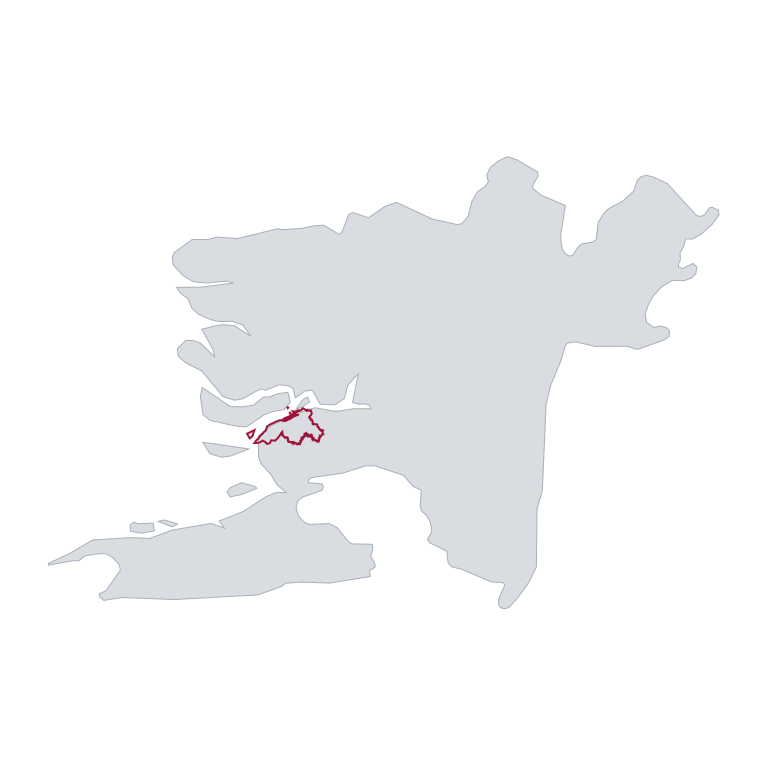 Lakshmipur, Chittagong, Bangladesh shown in context, rotated 94°
{"feature_id": "16705992B31973889793084", "entity_name": "Lakshmipur", "entity_type": "district", "adm_level": 2, "iso_a3": "BGD", "parent_name": "Bangladesh", "parent_adm1": "Chittagong", "projection": "albers", "projection_center": [90.887, 22.836], "detail": "fine", "context": "in_parent", "style": "outline", "palette": "rose", "viewbox_px": 768, "rotation_deg": 94, "n_neighbors": 0, "source": "geoboundaries", "source_scale": "gbopen_adm2", "svg_char_len": 9550}
<svg xmlns="http://www.w3.org/2000/svg" viewBox="0 0 768 768"><g transform="rotate(94 384 384)"><path d="M249.1,560.8L249.2,540.6L236.4,500.7L237.1,496.3L234.6,477.1L231.4,466.5L229.8,455.1L238.0,439.0L234.9,436.3L217.3,431.1L215.2,426.8L219.2,410.9L206.8,395.5L201.9,384.1L216.0,347.8L219.8,322.5L218.8,317.6L210.7,311.7L196.1,309.2L185.9,304.3L180.0,297.0L175.0,294.0L168.6,296.1L160.6,293.1L154.0,285.9L148.6,277.1L150.9,267.6L161.9,245.4L165.9,244.8L175.0,249.3L178.4,249.4L184.6,240.6L193.4,215.5L222.7,218.1L229.8,217.4L237.1,215.5L241.2,212.4L243.4,208.4L242.7,204.9L233.8,200.0L230.4,196.4L228.0,186.2L225.4,182.4L207.8,181.6L198.7,176.8L193.7,172.6L185.0,158.7L174.1,148.3L163.5,145.7L159.5,142.3L157.4,137.0L158.8,129.5L164.4,115.1L194.0,84.2L194.8,80.7L193.7,76.7L185.3,71.5L184.8,69.0L187.3,62.5L192.1,61.7L202.0,67.9L212.0,77.7L217.9,86.4L218.1,93.2L225.9,94.7L232.5,97.8L239.4,97.0L243.8,98.7L246.8,98.2L247.9,94.3L242.3,84.3L245.1,80.2L251.8,80.5L256.6,84.3L260.0,91.9L260.5,103.7L268.2,114.5L278.4,122.2L286.4,125.8L296.1,128.4L304.5,126.1L308.7,118.7L306.9,112.0L308.2,106.0L311.6,102.8L316.8,103.0L320.6,107.8L331.8,133.4L329.4,144.7L331.7,175.8L328.6,196.3L330.4,204.1L332.3,205.5L349.5,209.5L374.3,217.8L393.3,220.9L479.4,218.6L498.2,222.6L555.7,219.2L571.4,225.5L588.5,236.0L598.2,243.8L599.9,248.4L598.9,252.2L595.7,254.4L589.9,254.5L576.3,249.5L574.0,251.1L573.9,263.3L563.2,294.3L561.7,303.8L557.9,307.6L546.5,309.7L539.0,327.7L535.9,329.9L528.4,326.0L523.7,326.7L517.9,328.4L512.0,332.6L508.0,337.7L503.4,339.5L487.3,339.3L484.2,347.6L473.6,358.6L466.3,387.5L466.9,396.4L475.9,419.4L482.3,449.4L484.7,452.4L487.8,452.7L487.9,438.9L490.9,437.2L494.6,438.7L502.4,457.2L506.8,461.9L513.5,463.1L521.2,460.3L526.9,454.9L529.3,449.0L527.1,428.8L530.7,420.6L543.8,408.3L545.7,404.5L544.7,384.3L549.7,383.6L556.4,385.2L564.8,380.3L567.4,380.2L571.0,385.3L577.0,384.3L586.4,424.3L587.4,452.6L589.6,468.2L592.9,471.7L603.2,495.2L613.6,578.0L615.3,630.7L619.4,648.5L616.2,652.6L613.0,653.4L609.8,647.1L588.1,634.0L582.8,635.4L575.5,643.2L572.6,650.5L573.9,660.6L576.4,670.5L581.6,676.2L582.1,682.5L588.1,706.1L586.4,706.3L574.4,684.8L559.9,663.7L554.9,625.8L554.4,607.0L544.5,585.0L535.1,546.6L539.0,533.0L532.2,539.0L521.3,516.0L504.4,493.5L499.5,483.5L499.3,473.8L492.1,483.6L482.3,490.5L472.3,500.9L465.6,504.0L444.5,505.9L432.3,492.1L414.8,458.2L412.5,450.6L414.8,430.7L410.7,411.8L409.6,395.2L406.5,396.7L405.2,401.2L405.9,408.2L404.6,414.1L375.4,410.2L387.8,420.1L401.2,422.5L408.2,431.4L408.6,446.1L395.3,455.0L396.5,462.5L404.1,471.6L394.8,474.2L392.3,480.1L392.1,488.6L398.5,501.7L397.4,506.8L408.5,523.8L410.6,532.0L407.8,543.6L383.6,566.9L376.6,583.5L370.6,591.2L363.2,592.6L354.2,584.7L354.1,576.6L356.0,570.2L368.6,554.8L361.8,556.8L342.2,569.5L338.5,559.1L336.1,549.5L336.2,537.7L345.7,520.2L335.0,528.9L332.0,539.8L333.2,552.8L331.7,561.9L327.5,573.8L321.7,581.0L312.5,585.5L308.3,592.5L302.1,597.7L300.2,573.6L293.8,541.0L292.3,548.0L295.6,568.2L295.3,581.2L290.1,591.6L279.9,602.6L272.1,604.1L267.5,602.3L253.2,585.4L252.1,569.6L249.1,560.8ZM427.2,562.4L409.2,566.3L400.1,565.1L417.2,535.9L416.6,522.8L414.0,512.2L405.4,503.6L404.9,497.5L401.0,489.1L399.0,479.3L408.7,476.2L416.4,481.8L419.2,492.9L423.0,501.3L436.5,518.4L436.3,528.9L432.6,554.6L427.2,562.4ZM465.6,552.9L454.7,560.7L458.2,514.5L466.4,531.7L468.4,540.9L465.6,552.9ZM507.4,529.7L502.6,533.0L498.1,530.1L492.4,519.3L495.2,505.6L496.9,503.6L503.9,517.6L507.4,529.7ZM548.5,626.7L542.2,627.3L539.2,624.0L540.6,619.4L538.8,604.5L546.7,602.9L549.7,615.4L548.5,626.7ZM541.3,585.0L536.8,599.9L534.9,593.3L538.0,580.2L541.3,585.0ZM413.3,465.2L415.1,470.0L405.2,463.8L402.5,459.4L407.0,457.1L413.3,465.2Z" fill="#d9dde1" stroke="#a8b0b8" stroke-width="1"/><path d="M413.8,462.8L414.1,463.6L414.7,464.1L415.3,464.2L416.1,465.0L416.6,466.1L418.2,468.9L418.7,469.5L420.2,472.5L420.5,472.6L420.1,472.0L420.7,472.7L420.8,473.2L421.5,474.4L422.0,474.6L422.2,474.4L421.5,473.2L421.8,473.5L422.0,474.0L422.3,474.2L422.8,473.5L422.7,473.9L422.8,473.8L423.0,473.3L421.9,472.1L421.2,470.4L421.2,469.6L420.7,468.5L420.8,467.7L421.0,467.7L421.0,468.4L421.9,469.9L422.8,471.9L423.5,473.0L424.0,473.4L425.5,475.4L426.3,477.8L426.6,477.8L427.6,479.4L427.8,480.3L427.8,481.9L427.3,484.0L427.3,485.0L428.0,486.8L429.1,489.2L431.0,492.3L432.0,494.4L434.1,497.0L434.3,497.5L434.7,497.8L436.3,498.2L437.3,498.2L438.8,498.9L439.5,499.5L440.0,500.3L441.9,501.5L444.5,503.9L447.2,505.5L448.1,506.3L448.6,507.1L451.9,509.1L451.5,505.7L451.3,504.8L450.4,503.0L449.6,501.9L448.9,501.2L450.2,498.3L451.8,496.8L451.8,496.0L451.2,494.6L451.1,493.9L450.3,493.4L448.1,492.7L448.1,488.5L447.6,488.2L444.9,485.8L444.1,485.4L441.3,483.6L440.0,483.1L438.8,482.1L440.7,481.8L440.9,481.6L442.0,481.8L442.5,481.8L442.7,480.8L443.1,480.2L443.5,480.2L443.9,479.7L443.7,479.5L443.9,479.1L444.1,479.4L444.4,479.1L444.1,478.9L444.4,478.4L444.4,477.9L443.8,477.1L444.2,476.4L444.4,476.3L444.6,476.7L444.9,476.5L445.5,476.7L445.3,476.5L445.3,476.3L445.5,476.0L445.8,476.0L445.6,476.2L445.6,476.3L446.4,475.9L446.9,476.1L447.2,475.9L447.2,475.6L447.3,475.5L447.5,475.5L447.4,475.3L447.7,475.2L448.4,474.9L448.6,474.6L448.5,474.2L448.3,473.6L448.1,473.1L448.7,472.2L449.0,472.2L449.1,471.8L448.6,471.6L448.2,471.0L448.4,470.8L448.7,470.7L448.2,470.6L448.1,470.4L448.4,469.8L448.9,469.4L448.9,468.8L449.2,468.8L449.0,468.5L449.2,468.2L448.9,468.0L448.9,467.8L449.6,467.3L449.8,466.8L450.0,466.7L449.8,466.4L449.9,466.2L450.2,465.9L450.2,465.6L449.5,465.4L449.6,465.1L449.9,465.0L449.6,464.3L449.9,463.6L449.3,463.4L448.9,463.4L448.6,464.2L448.2,463.6L447.9,463.6L447.7,463.4L447.6,462.8L447.3,462.7L447.1,462.9L447.1,463.2L446.5,463.4L446.3,463.0L446.0,463.0L445.9,462.5L445.1,462.4L445.2,462.0L445.4,461.9L445.3,461.7L445.1,461.7L445.1,461.9L444.8,461.5L444.7,461.4L444.6,461.5L444.3,461.3L444.2,461.4L444.4,461.5L444.2,461.6L444.4,461.8L444.1,461.8L444.3,462.1L444.1,462.2L443.6,462.2L443.4,462.6L443.2,462.5L443.2,461.7L442.9,461.3L442.5,461.1L442.6,460.8L442.5,460.4L441.7,460.3L441.7,459.9L442.0,459.9L441.9,459.5L441.7,459.5L441.8,459.6L441.4,459.7L441.2,459.4L440.3,459.4L439.6,459.8L439.5,459.5L439.1,459.5L439.1,458.7L438.4,458.2L438.9,457.8L439.1,457.1L439.4,457.1L439.5,456.7L440.5,457.2L440.4,456.9L440.6,456.6L440.3,456.5L440.4,456.4L441.2,456.4L441.5,456.6L441.7,456.4L441.6,455.9L441.3,456.0L440.8,455.2L440.8,454.6L439.9,454.2L439.7,453.1L440.4,453.0L440.6,453.1L440.7,453.4L440.9,453.5L441.0,453.7L441.7,453.8L441.7,453.2L441.4,453.0L441.4,452.6L441.1,452.6L440.9,452.2L441.5,452.3L441.6,452.1L442.0,452.0L442.2,452.4L442.8,452.1L442.9,451.9L442.9,451.0L443.8,451.7L444.0,451.7L444.4,451.5L444.3,451.3L444.6,451.1L444.4,451.0L444.4,450.3L444.0,450.2L444.0,449.8L444.3,449.5L444.4,449.2L444.8,449.1L444.8,448.6L445.3,448.5L445.3,447.4L445.2,447.2L445.4,447.0L445.5,446.6L446.1,446.5L446.0,446.2L446.2,445.7L445.8,445.6L445.6,444.9L445.4,444.8L444.5,444.9L444.3,445.1L444.2,445.0L443.9,445.1L443.8,444.9L443.4,445.1L443.3,444.8L443.1,444.7L442.6,444.9L442.2,444.8L442.3,444.5L442.1,444.5L441.0,444.6L441.0,444.3L441.3,444.3L441.2,443.7L440.9,443.7L440.9,444.0L440.0,444.1L440.1,443.8L440.0,443.0L439.6,442.8L438.9,441.9L438.9,442.1L438.2,442.0L437.9,442.1L437.6,441.7L436.7,441.8L436.5,441.7L435.8,442.0L435.4,442.4L435.2,442.2L435.2,442.5L434.9,442.4L434.6,442.6L434.3,442.5L434.4,443.1L434.2,443.3L434.4,443.7L434.8,443.9L434.5,444.3L434.1,444.5L433.7,444.7L433.5,445.0L433.2,445.2L433.3,445.7L432.4,446.0L431.7,446.2L431.4,446.6L431.5,446.8L431.4,447.3L431.1,447.5L430.1,447.5L429.1,447.9L429.3,448.3L428.9,448.9L429.0,449.5L428.7,450.6L428.9,450.6L428.9,450.9L428.8,451.2L428.5,451.6L428.7,451.8L428.8,451.9L428.5,452.1L428.9,452.1L428.7,452.4L428.3,452.3L428.2,452.5L427.8,452.5L427.2,452.4L426.9,452.6L426.4,452.5L426.1,452.9L425.5,453.0L425.3,453.5L424.6,453.5L424.4,454.0L424.9,454.2L424.9,454.4L424.5,454.4L424.1,454.8L423.7,454.9L423.9,455.2L423.4,455.4L422.5,456.4L422.2,456.3L420.0,454.6L418.6,454.1L418.0,454.0L416.4,455.0L415.9,454.9L415.8,455.3L415.5,455.4L415.9,457.5L415.6,458.0L415.0,458.2L415.0,458.4L415.2,458.8L416.0,458.9L416.2,459.3L415.3,459.6L415.3,459.8L415.5,460.2L413.8,462.8ZM443.1,517.1L447.6,514.2L446.8,513.1L445.5,512.2L445.3,511.7L445.0,511.5L444.5,511.3L442.1,510.9L439.1,510.0L443.1,517.1ZM425.2,476.6L424.8,475.2L424.0,475.6L423.7,475.6L423.5,476.2L423.1,476.6L424.2,478.9L424.5,479.5L425.0,479.4L425.5,479.1L427.1,480.1L426.8,479.4L426.1,478.5L425.5,477.6L425.2,476.6ZM426.5,482.3L426.7,481.3L426.9,480.7L426.8,480.1L425.6,479.3L424.6,479.7L425.4,481.1L426.3,482.2L426.5,482.3ZM424.0,475.5L424.7,475.0L423.9,474.2L423.8,473.9L423.3,473.6L422.6,475.1L422.8,475.9L423.0,476.3L423.4,476.1L423.7,475.4L424.0,475.5ZM417.7,471.8L417.6,472.7L418.0,472.3L418.5,472.2L418.7,472.4L419.0,472.2L418.3,471.9L418.2,471.8L417.7,471.8ZM413.5,479.2L414.0,478.9L414.3,478.3L414.5,478.5L414.8,478.3L414.3,478.0L414.1,478.0L413.8,478.5L413.7,479.0L413.5,479.2ZM418.0,470.1L417.5,469.3L416.9,468.7L417.1,469.4L417.5,469.6L417.7,470.2L418.0,470.1ZM421.8,471.0L421.8,470.2L421.4,469.7L421.4,470.6L421.6,471.0L421.8,471.0ZM422.8,472.7L422.0,471.3L421.7,471.2L422.1,472.2L422.8,472.7ZM416.9,468.7L416.5,468.0L415.8,467.3L416.0,467.8L416.9,468.7ZM421.8,475.3L421.5,474.8L421.2,474.6L421.5,475.2L421.8,475.3ZM420.8,473.7L420.5,472.9L420.4,472.8L420.6,473.7L420.8,473.7ZM416.3,465.7L416.0,465.1L415.8,464.9L415.9,465.5L416.3,465.7ZM419.4,476.0L419.4,475.8L419.2,475.7L419.2,476.0L419.4,476.0ZM418.1,470.4L418.1,470.1L418.1,470.4Z" fill="none" stroke="#9f1239" stroke-width="2"/></g></svg>